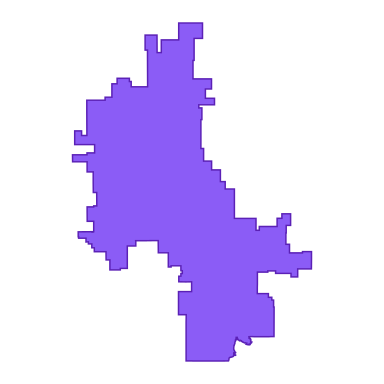 Yalgoo, Western Australia, Australia
{"feature_id": "25037944B40013954886351", "entity_name": "Yalgoo", "entity_type": "district", "adm_level": 2, "iso_a3": "AUS", "parent_name": "Australia", "parent_adm1": "Western Australia", "projection": "natural_earth1", "projection_center": [117.321, -28.488], "detail": "fine", "context": "isolated", "style": "filled", "palette": "violet", "viewbox_px": 384, "rotation_deg": 0, "n_neighbors": 0, "source": "geoboundaries", "source_scale": "gbopen_adm2", "svg_char_len": 5669}
<svg xmlns="http://www.w3.org/2000/svg" viewBox="0 0 384 384"><path d="M202.5,34.7L202.5,23.0L178.7,23.0L178.7,39.9L161.3,39.9L161.3,52.6L157.1,52.6L157.0,35.1L145.1,35.1L145.1,50.1L147.5,50.1L147.5,52.3L147.5,52.7L147.5,56.7L147.6,81.5L147.6,86.8L147.1,86.8L137.3,86.8L131.2,86.8L131.2,81.5L129.4,81.5L129.4,78.3L123.1,78.3L117.1,78.3L117.1,83.8L111.9,83.8L111.9,87.1L111.9,97.2L105.1,97.2L105.1,100.2L86.8,100.2L86.8,111.7L86.9,135.5L81.6,135.5L81.6,130.9L74.7,130.9L74.7,136.5L74.7,144.6L94.6,144.6L94.6,152.9L87.0,152.9L87.0,154.8L72.5,154.8L72.6,161.8L87.1,161.8L87.1,171.9L93.2,171.9L93.2,180.4L93.2,182.4L93.3,192.5L96.7,192.5L96.8,205.9L93.7,205.9L93.7,206.9L87.1,206.9L87.2,221.3L93.7,221.3L93.7,231.7L92.8,231.7L92.8,232.1L92.1,232.1L92.1,231.7L79.7,231.8L78.2,231.8L78.2,236.8L78.6,236.8L78.6,238.2L82.4,238.2L86.0,238.2L86.0,242.0L88.4,241.8L88.4,243.9L91.8,243.9L91.8,245.6L91.8,247.8L94.3,247.8L94.3,249.7L94.3,251.7L105.9,251.7L106.0,251.7L106.1,259.9L109.9,259.9L109.9,269.9L110.1,269.9L111.2,269.9L114.4,269.9L117.6,269.9L120.3,269.9L120.3,268.4L127.3,268.4L127.3,251.6L127.3,246.0L127.7,246.0L135.8,246.0L135.8,241.1L135.7,240.7L141.6,240.7L144.2,240.7L145.8,240.7L152.6,240.6L158.2,240.6L158.3,250.6L158.3,252.8L168.3,252.8L168.3,253.3L168.3,255.4L168.3,255.9L168.3,257.4L168.3,258.0L168.3,258.6L168.3,267.0L171.1,267.0L171.1,265.8L175.5,265.8L177.4,265.8L180.9,265.8L180.9,268.5L180.9,269.0L180.9,270.0L180.9,270.7L182.3,270.7L182.3,273.5L180.9,273.5L180.9,276.2L178.8,276.2L178.8,281.8L185.9,281.9L191.1,281.8L191.6,281.8L191.6,291.6L189.4,291.6L178.5,291.6L178.5,314.7L186.2,314.7L186.2,317.0L186.1,322.2L186.1,322.3L186.1,328.5L186.1,332.4L186.1,346.3L186.1,351.2L186.1,354.0L186.1,357.4L186.1,360.9L188.5,360.9L190.1,360.9L191.2,360.9L193.4,361.0L196.1,361.0L197.1,361.0L197.7,361.0L199.8,361.0L200.9,361.0L202.0,361.0L204.2,361.0L206.9,361.0L207.4,361.0L208.0,361.0L209.1,361.0L209.6,361.0L210.1,361.0L212.3,361.0L213.4,361.0L215.5,361.0L217.7,361.0L218.8,361.0L221.0,361.0L221.9,361.0L228.5,360.9L228.7,360.7L228.7,360.4L228.7,360.2L228.8,359.9L228.9,359.6L228.9,359.4L229.0,359.2L229.0,358.8L229.0,358.5L229.1,358.3L229.3,357.8L229.6,357.5L230.0,357.4L230.4,357.3L230.6,357.4L231.0,357.1L231.6,357.1L231.9,357.0L232.0,356.9L232.4,356.8L232.5,356.7L232.8,356.7L233.0,356.5L233.3,356.3L233.4,355.9L233.8,355.7L233.7,355.3L233.8,355.1L234.1,355.1L234.6,355.2L234.6,355.3L234.8,355.3L235.0,355.3L235.1,355.2L235.6,355.3L235.7,355.1L235.3,354.8L235.2,354.9L235.1,355.0L234.7,355.0L234.2,354.8L234.0,354.5L234.4,354.0L234.4,353.7L234.2,353.4L234.0,353.7L233.9,354.2L233.7,354.0L233.7,353.5L233.8,353.0L233.8,352.7L234.2,352.5L234.3,352.8L234.9,353.1L235.5,353.0L235.7,352.7L235.6,352.3L234.7,351.7L234.3,350.6L234.4,350.3L233.8,349.8L233.7,349.1L233.8,348.8L233.7,348.5L233.7,348.1L233.8,347.4L233.8,347.0L233.9,346.4L234.0,346.0L233.9,345.7L234.2,345.4L234.3,345.2L234.3,344.9L234.3,344.7L234.5,344.4L234.6,344.2L234.9,343.6L234.8,343.3L234.8,342.9L234.9,342.7L234.9,342.4L235.0,342.2L235.2,341.5L235.5,341.1L235.4,340.8L235.5,340.6L235.5,340.4L235.6,340.1L235.4,339.9L235.5,339.7L235.9,339.4L236.0,339.6L236.4,339.8L237.0,339.7L236.9,339.4L237.0,339.2L236.4,338.9L236.0,338.3L236.1,337.7L236.4,337.4L236.8,337.3L237.2,337.3L237.3,337.5L237.3,337.9L237.3,338.0L237.0,337.9L237.2,338.2L237.6,338.6L238.2,339.6L238.7,340.1L239.3,340.7L239.8,340.9L240.0,340.5L240.2,340.3L240.8,340.5L240.7,340.6L241.1,340.9L241.3,341.1L241.5,341.3L242.1,341.5L242.5,341.7L242.6,341.8L242.4,341.9L242.4,342.0L242.6,342.1L243.0,342.0L243.5,342.4L243.6,342.5L244.1,342.7L244.4,342.8L244.6,343.0L245.0,343.0L245.3,342.8L245.5,343.0L246.6,343.1L246.5,343.3L246.7,343.7L246.9,344.0L246.7,344.1L246.4,344.1L246.2,344.3L246.5,344.4L246.8,344.5L247.1,344.5L247.6,344.7L248.1,344.7L248.6,344.8L248.7,344.6L248.5,344.4L249.1,344.2L249.5,344.3L249.4,344.5L249.8,344.8L250.1,344.5L250.5,343.8L250.2,343.7L250.3,343.4L250.6,343.3L250.8,343.2L251.0,343.0L251.2,342.9L251.4,342.9L251.6,342.7L251.8,342.1L251.5,342.1L251.2,341.8L251.0,342.0L250.6,341.8L250.7,341.1L250.6,339.8L250.2,339.1L250.7,339.3L250.6,339.0L250.3,338.5L249.9,338.3L249.7,338.0L249.4,338.4L249.1,338.3L249.1,338.2L249.0,337.9L249.3,337.6L249.3,337.2L249.1,337.1L249.0,336.7L250.6,336.6L252.2,336.6L253.9,336.7L255.5,336.7L257.1,336.7L258.7,336.7L259.8,336.7L261.4,336.7L263.0,336.7L264.7,336.7L266.3,336.7L267.9,336.7L269.0,336.7L270.6,336.6L272.2,336.6L274.0,336.6L274.1,307.0L273.6,307.0L273.6,305.7L273.6,303.9L273.6,302.9L273.6,301.1L273.6,300.1L271.8,300.0L271.8,297.3L268.4,297.3L268.4,293.6L257.3,293.6L257.3,287.4L257.4,284.2L257.4,281.4L257.4,278.6L257.4,272.1L260.0,272.1L262.4,272.1L265.1,272.1L267.8,272.1L267.8,270.9L270.2,270.9L272.6,270.9L272.9,270.9L275.6,270.9L275.6,273.4L279.7,273.4L283.2,273.4L287.5,273.4L291.0,273.4L291.0,276.9L294.2,276.9L297.7,276.9L297.7,268.9L302.1,268.9L306.5,268.9L309.4,268.9L311.4,268.9L311.5,258.7L311.5,251.6L302.5,251.6L302.5,252.9L295.9,252.9L294.5,252.9L289.5,252.9L289.5,249.4L289.5,244.3L285.9,244.3L285.9,232.9L286.2,232.9L286.2,225.4L290.6,225.4L290.6,213.8L281.9,213.8L281.9,218.3L277.1,218.3L277.1,226.5L275.3,226.5L272.5,226.5L269.8,226.5L267.1,226.5L264.8,226.5L259.3,226.5L259.3,230.3L256.0,230.3L256.0,218.4L234.4,218.4L234.4,189.0L225.2,189.0L225.2,181.6L220.4,181.6L220.4,169.9L211.6,169.9L211.6,161.1L207.4,161.1L203.6,161.1L203.6,150.7L203.6,148.5L200.9,148.5L200.9,119.6L201.9,119.6L201.9,107.9L198.8,107.9L198.8,104.8L214.5,104.8L214.5,98.3L205.4,98.3L205.4,89.0L211.5,89.0L211.5,78.9L205.0,78.9L200.8,78.9L193.0,78.9L193.0,68.1L193.0,60.4L194.1,60.4L194.1,38.4L202.5,38.4L202.5,34.7Z" fill="#8b5cf6" stroke="#5b21b6" stroke-width="1.5"/></svg>